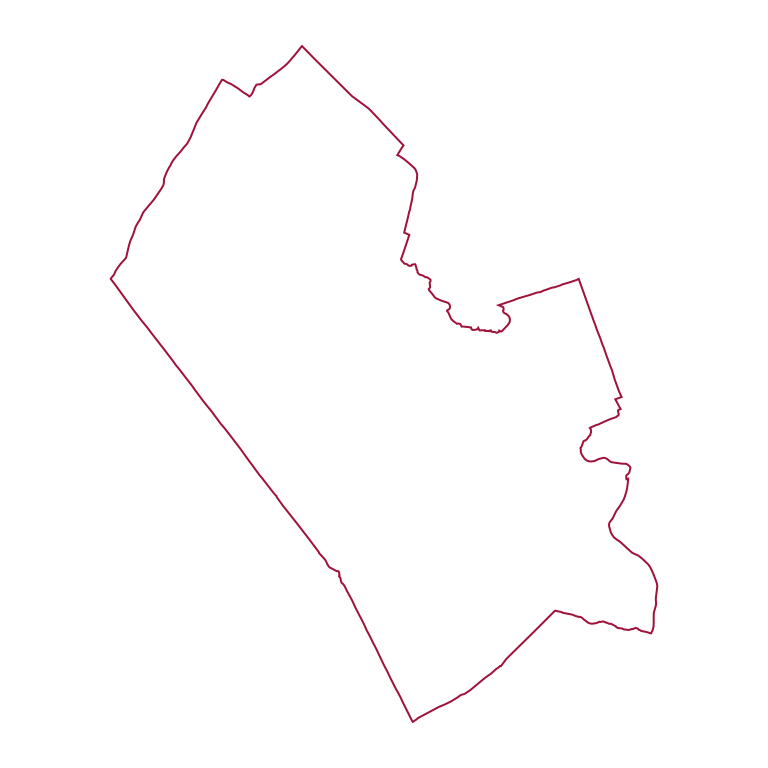 outline of Icoana, Olt, Romania
{"feature_id": "2599482B73230890802840", "entity_name": "Icoana", "entity_type": "district", "adm_level": 2, "iso_a3": "ROU", "parent_name": "Romania", "parent_adm1": "Olt", "projection": "orthographic", "projection_center": [24.708, 44.406], "detail": "fine", "context": "isolated", "style": "outline", "palette": "rose", "viewbox_px": 768, "rotation_deg": 0, "n_neighbors": 0, "source": "geoboundaries", "source_scale": "gbopen_adm2", "svg_char_len": 6096}
<svg xmlns="http://www.w3.org/2000/svg" viewBox="0 0 768 768"><path d="M419.4,717.3L438.5,707.1L444.9,704.4L450.5,701.7L457.4,697.5L460.4,695.3L461.9,694.6L464.4,694.0L465.6,693.2L470.4,690.0L483.6,679.0L486.0,677.2L491.2,673.5L496.4,668.8L498.1,667.8L500.1,666.0L500.9,666.2L506.0,659.4L508.8,656.5L535.3,630.4L555.0,610.7L561.3,612.0L563.2,612.9L572.2,614.6L575.6,616.0L579.1,617.0L579.8,616.8L580.4,617.0L581.6,617.5L583.4,619.1L585.7,620.9L586.2,621.2L587.7,622.4L588.3,622.8L590.7,623.6L592.8,623.7L594.3,623.3L595.4,623.3L596.4,623.1L599.6,621.7L600.3,622.0L602.2,621.6L603.3,621.5L604.9,622.0L605.7,622.6L606.3,622.5L609.2,623.8L611.1,623.8L616.2,626.6L616.4,627.2L617.8,628.0L622.1,628.5L623.5,629.3L624.6,629.5L628.5,629.9L630.9,629.5L631.3,629.1L632.1,629.0L632.8,629.1L634.8,628.2L635.8,627.9L638.1,628.8L638.7,629.7L640.3,630.3L641.3,631.0L646.1,631.9L651.0,633.4L652.6,630.3L653.5,626.9L653.7,622.9L653.7,614.2L654.0,612.0L655.9,605.5L656.1,603.2L655.8,599.6L656.0,596.8L656.9,589.7L657.3,585.9L657.0,584.1L656.4,581.9L653.5,574.3L651.7,570.2L650.3,567.5L648.6,564.8L642.6,559.0L638.4,555.6L634.9,554.1L631.9,552.6L620.1,541.8L616.9,539.7L613.9,537.3L612.0,534.6L610.8,532.3L609.3,526.9L609.0,525.1L609.2,523.5L609.8,522.1L612.7,518.3L614.6,514.3L616.4,510.8L620.0,505.8L623.8,499.3L624.9,496.4L626.4,491.4L627.1,488.2L627.6,484.6L628.2,478.7L626.5,479.2L626.2,477.8L626.3,475.8L626.6,475.1L628.3,473.8L629.2,472.6L629.5,471.7L629.9,470.0L630.3,468.3L630.4,467.5L629.5,466.2L627.3,464.4L626.1,463.8L621.2,463.6L611.5,462.2L609.6,461.2L608.2,459.8L606.7,458.7L604.7,457.9L603.8,457.8L602.7,458.0L598.5,459.1L594.9,460.9L594.0,461.2L590.4,461.5L588.2,461.1L586.2,460.1L585.0,459.1L584.1,458.1L581.7,454.5L581.1,453.0L580.7,451.3L580.9,449.8L580.5,448.4L580.5,448.0L580.7,447.7L581.1,447.2L582.1,445.3L583.2,442.0L583.7,441.0L584.4,440.6L585.6,440.5L586.0,440.0L587.6,438.3L588.6,436.7L590.3,435.1L590.3,434.5L590.7,433.3L591.1,431.8L591.1,430.8L590.8,429.3L589.8,428.0L591.0,427.3L596.3,425.0L598.7,424.4L600.6,423.3L602.2,422.7L603.9,421.8L607.1,420.5L609.2,419.5L616.1,417.1L618.4,415.2L618.7,414.7L618.7,414.1L617.9,410.8L618.0,410.4L618.7,409.8L620.6,409.1L615.3,399.3L621.6,397.0L619.0,391.4L614.6,379.2L612.0,370.2L610.5,366.6L605.8,353.7L605.1,351.5L603.6,347.2L602.2,344.0L600.2,338.1L598.1,332.9L596.5,328.7L595.0,324.2L594.2,322.3L578.7,278.9L576.5,280.0L569.7,282.3L561.7,284.6L561.0,285.2L554.1,287.4L551.8,287.7L545.7,289.9L542.8,290.8L541.9,291.5L540.3,292.1L538.4,292.3L536.2,292.8L530.1,294.9L517.4,298.6L513.6,300.2L498.6,305.2L503.1,307.1L503.6,308.4L503.6,309.6L503.5,310.1L503.1,310.5L503.0,311.0L503.5,312.3L504.5,313.2L506.4,314.0L508.5,315.9L509.0,316.5L509.4,317.5L509.7,318.2L509.9,319.5L509.7,322.0L509.2,322.9L508.8,323.3L508.1,324.7L507.6,325.1L501.9,331.2L501.0,331.5L499.7,331.0L499.3,330.7L499.1,331.8L496.7,332.8L494.9,332.1L492.0,331.8L491.4,331.3L490.9,330.4L490.7,330.3L490.3,330.4L490.8,331.2L484.9,330.9L484.8,330.2L479.5,330.4L478.2,327.8L477.6,328.7L476.9,329.3L476.4,329.6L474.5,329.9L472.3,329.8L471.5,329.1L471.2,328.1L471.1,327.5L467.5,327.0L462.6,326.5L461.6,326.6L461.2,325.8L460.9,324.9L460.1,323.9L458.5,323.5L457.0,323.8L453.1,320.9L451.6,319.4L451.0,318.7L448.7,313.3L448.2,312.3L447.2,311.3L447.1,310.9L447.3,310.2L449.2,309.2L449.6,308.7L449.9,307.7L450.0,306.5L449.8,305.3L449.4,304.4L448.9,303.6L447.9,302.8L441.5,300.7L436.5,298.5L435.4,297.9L433.9,296.2L433.0,294.8L430.0,291.3L429.0,289.9L428.8,289.4L428.8,288.9L429.9,287.8L430.1,287.0L429.8,283.7L429.6,282.9L430.6,280.9L430.4,279.5L427.3,277.4L426.8,277.2L425.5,277.2L423.3,275.8L421.9,275.2L420.5,274.9L419.4,274.5L418.1,273.2L417.5,272.3L417.4,270.6L416.5,269.1L416.4,268.5L416.5,267.7L415.9,266.4L415.5,264.8L415.2,264.3L414.7,264.2L412.3,264.6L411.8,264.8L411.5,265.2L411.5,265.6L411.2,265.8L410.2,265.9L408.5,265.6L407.0,264.3L406.2,263.9L404.5,263.7L404.1,263.4L403.6,262.6L401.7,260.8L401.5,260.2L401.0,259.3L403.0,253.8L409.3,234.9L404.2,232.6L405.3,227.9L407.8,218.0L409.1,212.1L410.1,209.2L410.4,207.0L412.1,199.5L412.9,192.7L413.6,190.3L415.0,187.7L416.7,180.9L417.0,178.2L417.2,175.0L417.1,174.0L416.0,170.7L414.8,168.5L408.6,162.9L404.0,159.1L399.4,156.0L397.3,155.1L401.8,147.8L403.5,145.4L384.5,125.4L380.4,120.8L369.6,109.4L366.9,107.2L351.8,96.0L314.8,59.2L302.0,46.1L301.4,46.7L296.1,53.4L289.4,61.3L286.7,64.2L281.7,68.4L273.2,74.9L270.4,76.8L261.7,83.5L260.4,84.3L257.3,84.5L256.7,84.6L256.2,85.0L254.2,88.5L253.2,91.3L252.5,92.8L251.1,95.1L250.3,95.8L249.3,96.5L247.9,95.2L243.2,92.3L237.9,88.3L230.7,83.8L228.2,82.9L223.4,80.0L222.8,79.9L221.9,79.9L218.8,85.0L216.5,89.2L208.8,102.1L207.1,105.1L206.0,107.5L203.6,111.1L196.6,122.5L190.5,137.5L188.0,142.2L187.0,143.8L183.3,148.0L180.8,151.3L176.5,156.0L173.2,160.3L172.1,162.0L170.0,166.2L169.2,167.2L166.9,171.7L164.6,177.2L163.9,179.5L163.9,182.7L163.6,184.2L163.4,185.0L161.1,189.1L153.4,200.2L148.6,205.8L143.6,211.9L142.9,213.0L140.0,219.6L138.0,222.6L135.7,226.6L133.1,234.6L130.7,240.0L129.7,242.9L128.7,246.5L126.1,257.7L125.4,258.6L120.9,263.5L118.3,266.9L115.4,271.3L115.1,272.0L114.3,274.2L111.7,277.4L110.7,278.9L115.3,284.9L132.9,309.3L141.8,320.9L147.1,327.3L151.9,333.7L165.2,350.8L173.1,361.2L175.6,364.8L179.1,369.0L185.5,377.4L191.7,385.3L194.6,389.5L204.1,402.2L211.5,411.3L221.0,424.1L224.8,428.5L230.2,435.5L240.7,449.2L244.7,454.9L259.3,474.8L261.9,477.9L273.0,492.2L274.8,494.4L276.6,496.2L276.7,497.0L277.2,497.8L283.0,505.8L296.7,523.1L308.9,538.9L317.7,550.6L319.0,552.4L319.0,553.0L324.9,559.4L326.3,561.8L327.2,564.0L328.8,566.5L329.9,567.6L332.8,569.0L335.8,570.7L336.6,571.1L337.5,571.1L338.7,571.4L338.9,572.0L339.5,574.9L339.5,575.4L339.1,575.8L339.0,576.2L339.7,576.9L339.8,577.4L340.2,577.7L340.5,578.3L340.7,579.1L340.8,580.7L341.6,582.8L343.4,584.3L344.9,586.6L346.9,590.9L352.0,600.2L355.8,608.4L363.8,623.8L366.5,629.9L370.5,637.5L372.8,642.3L375.8,648.0L383.8,664.8L387.3,671.5L389.9,677.0L396.1,689.3L398.2,692.9L400.6,697.5L402.5,701.7L411.6,719.9L412.6,721.7L412.8,721.9L416.5,719.4L417.8,718.2L419.4,717.3Z" fill="none" stroke="#9f1239" stroke-width="2"/></svg>